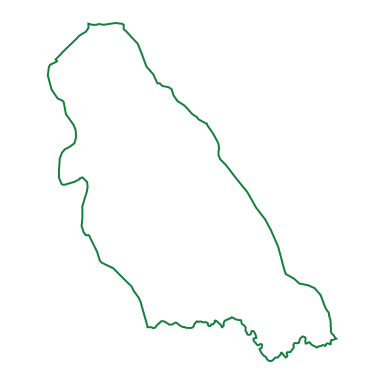 Kusmah, Raymah, Yemen
{"feature_id": "15242507B80532474119851", "entity_name": "Kusmah", "entity_type": "district", "adm_level": 2, "iso_a3": "YEM", "parent_name": "Yemen", "parent_adm1": "Raymah", "projection": "robinson", "projection_center": [43.699, 14.546], "detail": "fine", "context": "isolated", "style": "outline", "palette": "green", "viewbox_px": 384, "rotation_deg": 0, "n_neighbors": 0, "source": "geoboundaries", "source_scale": "gbopen_adm2", "svg_char_len": 6006}
<svg xmlns="http://www.w3.org/2000/svg" viewBox="0 0 384 384"><path d="M336.2,338.7L335.7,338.2L334.4,336.6L333.6,335.1L332.3,334.2L331.3,332.7L330.8,330.9L330.9,329.5L331.0,327.8L330.7,326.9L330.5,325.9L330.9,324.2L330.8,323.4L330.4,321.3L330.4,319.8L329.5,317.6L329.5,316.1L329.0,315.4L329.0,313.8L328.7,312.4L327.7,311.4L326.0,308.9L324.6,305.9L323.0,301.5L320.7,295.2L314.7,288.2L308.3,285.3L299.2,283.5L294.9,279.4L291.2,277.0L285.8,274.1L284.2,269.4L282.0,261.1L278.2,246.8L270.7,229.7L267.0,222.9L265.3,219.6L256.2,207.8L247.5,192.4L234.7,176.5L226.1,165.2L220.2,159.3L218.5,155.2L218.5,151.6L219.0,149.0L218.5,143.8L216.0,138.9L212.9,133.2L207.7,125.9L206.8,123.7L206.6,123.8L198.4,119.3L197.0,117.2L192.3,114.1L184.7,105.7L177.5,101.1L173.7,95.6L172.5,92.3L171.7,89.3L168.7,87.2L162.3,86.0L159.8,83.3L157.4,83.3L153.3,74.3L151.5,72.3L146.5,66.7L140.9,51.6L137.7,43.7L137.2,43.1L132.4,38.1L126.3,31.4L123.7,29.3L123.7,24.7L122.1,23.8L115.3,23.0L103.6,24.8L98.8,24.0L97.2,24.6L95.5,24.8L92.7,24.9L88.4,23.7L88.5,27.9L85.8,31.8L82.1,33.9L79.0,35.9L78.2,37.0L62.3,52.4L60.7,54.4L55.6,59.4L57.1,61.1L56.8,61.4L55.9,62.0L50.2,64.7L48.9,66.9L47.8,75.4L51.6,89.7L57.7,98.5L62.5,100.7L63.7,102.1L66.0,114.5L68.0,117.0L73.5,124.8L75.6,129.9L75.9,133.4L75.9,137.8L75.5,139.4L74.4,143.3L69.2,147.1L65.1,149.1L62.0,152.6L59.7,158.7L59.4,164.5L58.9,171.2L59.0,177.8L61.6,184.1L63.0,184.6L64.0,184.9L74.6,181.8L79.8,179.0L79.9,178.3L82.5,177.4L87.1,182.0L87.6,186.6L86.9,191.5L82.3,206.3L82.4,217.3L81.6,226.0L83.7,232.4L85.8,235.2L88.9,235.2L97.1,251.8L99.9,260.8L101.9,262.8L113.3,268.3L127.5,282.5L131.3,286.1L133.8,291.0L138.5,297.4L140.5,301.6L147.2,325.5L147.3,326.3L147.4,327.2L148.1,327.1L148.6,327.2L150.2,327.2L151.1,327.2L151.8,327.4L152.8,328.0L153.8,328.0L154.7,327.8L155.4,327.3L155.9,326.7L156.3,326.0L156.8,325.3L157.5,324.7L158.5,323.8L159.3,323.2L160.0,322.4L160.7,321.7L161.3,321.2L162.0,321.2L163.4,321.2L164.2,321.5L165.0,321.9L166.0,322.4L167.0,323.1L168.1,323.7L168.5,324.1L169.2,324.6L170.0,324.7L171.4,324.5L172.2,324.4L173.2,323.9L174.3,323.2L175.1,322.7L175.9,322.7L176.4,322.8L177.5,323.6L178.2,324.2L178.9,324.8L181.3,326.3L183.3,327.2L184.2,327.0L186.4,327.9L187.1,327.9L187.9,327.9L188.5,327.9L189.6,328.0L190.5,328.0L191.4,327.9L192.4,327.5L193.2,327.0L193.9,325.4L194.2,324.7L194.6,323.6L195.2,323.2L195.8,322.5L196.2,321.7L196.7,321.4L197.1,321.4L197.8,321.9L198.8,321.7L199.7,321.5L200.5,321.5L201.2,321.5L201.8,321.8L202.5,322.2L203.3,322.3L204.5,322.3L205.4,322.2L206.2,322.2L206.9,322.6L207.8,323.2L208.0,323.7L208.0,323.9L207.9,324.3L207.9,324.8L208.1,325.2L208.4,325.6L208.9,326.0L209.3,326.1L209.8,326.1L210.1,326.0L210.4,325.8L210.8,325.2L211.0,324.7L211.3,324.4L211.6,324.3L212.4,324.4L212.8,324.4L213.2,324.2L213.5,323.8L214.5,322.5L214.8,322.2L215.1,321.9L215.1,321.6L214.8,320.8L215.5,320.5L216.1,320.8L217.5,321.8L218.7,323.0L219.4,323.7L220.6,324.7L221.1,325.5L221.5,326.2L221.8,327.2L222.5,327.0L223.7,325.6L223.7,325.0L223.6,324.3L223.6,323.4L223.8,322.8L224.0,322.3L224.3,321.4L224.9,320.7L225.6,320.3L226.7,319.7L227.3,319.6L228.0,319.5L228.3,319.1L228.5,318.9L228.8,318.6L230.0,318.6L231.0,318.0L231.4,317.6L231.7,317.3L232.1,317.4L232.6,317.6L233.1,317.9L233.7,318.0L234.2,318.4L235.3,319.2L236.3,319.5L236.9,319.6L237.9,319.9L239.2,320.1L240.5,320.2L240.9,320.2L241.2,320.8L241.4,321.6L241.5,322.6L241.8,323.7L242.3,324.3L243.2,324.8L243.7,325.0L244.1,325.4L244.7,326.3L245.3,327.0L245.7,327.6L245.6,328.5L245.5,329.5L245.5,330.1L245.7,331.0L246.0,331.7L246.5,332.1L246.8,332.5L246.8,333.0L247.0,333.7L247.4,334.3L247.8,334.6L248.3,334.8L248.9,334.8L249.7,334.7L250.4,334.4L250.8,333.8L251.1,332.9L251.3,332.0L251.7,331.2L252.2,331.0L252.7,331.0L253.1,331.2L253.9,331.5L254.4,332.6L254.8,333.1L255.6,334.9L256.3,337.3L256.3,337.8L255.6,338.2L255.2,338.2L254.2,338.4L253.7,338.5L253.4,338.8L253.4,339.3L253.5,340.0L253.7,340.5L253.9,341.1L254.4,341.7L254.9,342.2L255.6,342.7L256.0,343.5L257.1,344.8L257.5,345.2L258.1,345.2L259.0,345.0L259.5,344.6L260.2,344.0L260.6,344.0L261.1,344.1L261.5,344.4L262.0,344.8L262.1,345.4L262.1,345.8L261.6,347.7L261.3,348.1L260.7,348.2L259.6,348.9L259.5,349.3L259.9,350.1L260.2,350.7L260.8,351.7L261.1,352.4L261.6,353.3L263.3,355.2L263.7,355.4L263.3,355.3L263.9,355.7L264.5,356.2L265.5,356.7L266.1,357.5L266.4,357.9L266.6,358.3L266.6,358.6L267.0,359.2L267.4,359.6L267.9,360.2L268.5,360.4L269.1,360.8L269.9,361.0L271.1,361.0L272.2,360.6L273.0,360.0L273.8,359.2L274.3,358.5L274.9,357.8L275.4,357.5L275.8,357.5L276.9,357.6L277.4,357.6L277.9,357.4L278.4,356.9L278.9,356.0L279.4,355.7L280.3,355.0L280.4,354.8L280.6,354.5L280.7,353.3L281.1,352.8L281.5,352.7L281.8,352.9L282.2,353.2L282.6,353.7L283.0,354.3L283.4,354.9L283.8,355.5L284.7,356.3L285.0,356.5L285.2,356.9L285.5,357.3L286.1,357.3L286.9,356.6L287.2,356.0L287.4,355.5L287.3,354.9L286.7,353.9L286.6,353.1L286.8,352.7L287.4,352.2L288.2,352.2L288.6,352.1L289.2,352.1L289.8,352.2L290.1,352.2L290.4,352.1L290.8,351.5L291.7,350.2L292.0,349.7L292.6,349.0L293.1,348.6L293.4,347.8L293.7,347.2L293.8,346.4L293.6,345.5L293.4,345.3L293.4,344.7L293.7,344.1L294.0,343.6L294.5,343.2L295.1,343.0L295.6,343.0L296.1,343.1L296.5,343.1L296.9,343.3L297.4,343.2L298.2,343.0L299.0,342.6L299.2,342.1L299.2,341.6L299.3,341.3L299.4,340.7L299.6,340.0L299.9,339.1L300.1,338.6L300.7,338.0L301.8,337.1L302.0,336.8L302.4,336.5L303.4,336.6L304.8,337.2L305.3,337.6L305.5,337.9L305.5,339.5L305.4,340.3L305.3,341.0L305.3,341.8L305.5,342.6L305.5,343.2L305.7,343.6L306.2,343.6L306.9,343.2L307.7,342.8L308.9,342.3L309.5,342.3L309.7,342.7L310.2,342.8L310.7,343.8L311.8,344.7L313.3,345.7L314.6,346.2L315.3,346.7L316.2,347.3L316.8,347.4L317.8,347.3L318.2,346.6L319.1,346.2L320.0,346.2L320.5,346.2L321.5,345.7L322.4,345.1L323.7,345.1L324.4,345.5L325.4,345.9L325.8,345.2L326.0,344.3L326.8,343.5L327.6,343.4L328.8,343.7L329.7,344.1L330.2,344.3L330.6,344.2L330.9,343.1L330.7,342.6L330.7,341.4L331.0,340.5L331.5,340.0L332.7,340.0L334.7,339.2L335.8,338.8L336.2,338.7Z" fill="none" stroke="#15803d" stroke-width="2"/></svg>